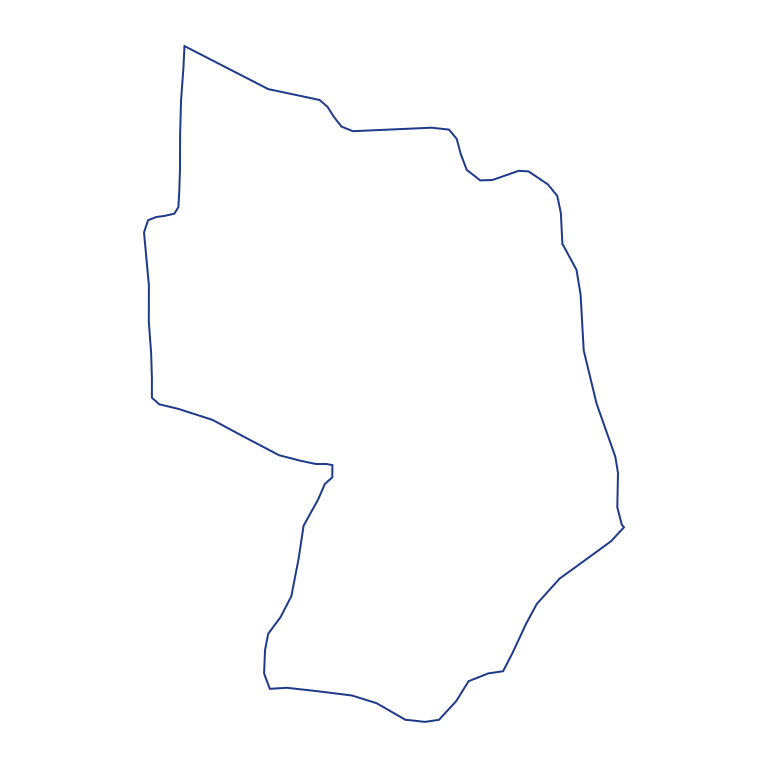 SVG path tracing the border of Delčevo
{"feature_id": "MKD-3005", "entity_name": "Delčevo", "entity_type": "Statistical Region", "adm_level": 1, "iso_a3": "MKD", "parent_name": "North Macedonia", "parent_adm1": "", "projection": "orthographic", "projection_center": [22.736, 41.933], "detail": "fine", "context": "isolated", "style": "outline", "palette": "blue", "viewbox_px": 768, "rotation_deg": 0, "n_neighbors": 0, "source": "natural_earth", "source_scale": "10m", "svg_char_len": 1203}
<svg xmlns="http://www.w3.org/2000/svg" viewBox="0 0 768 768"><path d="M184.5,46.1L268.2,89.1L319.6,100.0L327.5,106.8L333.9,116.9L341.5,126.6L352.9,131.2L431.4,127.7L449.0,129.6L456.7,138.9L460.8,154.1L466.7,169.8L480.2,180.4L492.3,180.0L518.7,170.8L528.5,171.4L547.9,184.4L557.3,196.0L560.7,212.4L560.9,213.6L562.4,244.3L562.9,244.7L576.5,269.8L580.6,294.7L583.7,350.4L596.6,403.7L615.3,456.7L618.0,472.9L617.3,507.2L621.8,524.7L624.0,527.2L623.8,527.5L618.4,533.2L611.3,541.0L590.1,556.5L559.6,578.6L536.8,603.9L526.1,623.8L512.2,653.6L503.1,671.2L488.3,673.4L468.6,681.2L456.3,701.0L439.0,719.8L425.0,721.9L409.1,720.1L405.4,719.8L376.6,703.2L351.9,695.5L316.6,691.1L287.1,687.8L269.8,688.8L265.3,676.8L264.1,673.4L265.0,650.3L268.2,633.8L280.5,617.2L291.3,596.3L298.6,558.8L303.6,525.7L318.2,499.3L324.9,483.9L332.3,477.3L332.4,465.1L326.5,464.0L315.9,464.0L300.2,460.7L279.0,455.2L245.3,437.5L212.5,419.9L178.1,408.8L159.2,404.3L151.9,397.7L151.9,377.9L151.1,352.6L148.8,321.7L148.9,285.3L147.5,270.2L144.0,232.4L148.1,220.2L156.3,217.0L164.5,215.9L174.3,213.7L178.4,207.1L179.3,190.6L180.0,168.5L180.1,135.4L181.0,101.3L183.4,68.1L184.5,46.1Z" fill="none" stroke="#1e3a8a" stroke-width="2"/></svg>